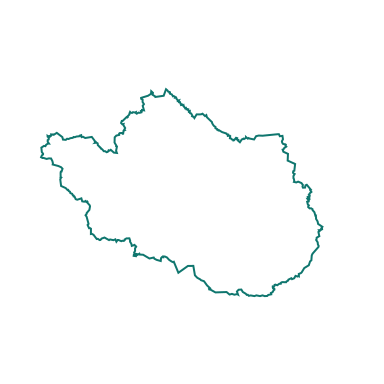 Turicato, Michoacán, Mexico (Robinson projection), rotated 323°
{"feature_id": "50627088B87048216437390", "entity_name": "Turicato", "entity_type": "district", "adm_level": 2, "iso_a3": "MEX", "parent_name": "Mexico", "parent_adm1": "Michoacán", "projection": "robinson", "projection_center": [-101.446, 18.943], "detail": "fine", "context": "isolated", "style": "outline", "palette": "teal", "viewbox_px": 384, "rotation_deg": 323, "n_neighbors": 0, "source": "geoboundaries", "source_scale": "gbopen_adm2", "svg_char_len": 5992}
<svg xmlns="http://www.w3.org/2000/svg" viewBox="0 0 384 384"><g transform="rotate(323 192 192)"><path d="M288.3,261.5L288.0,255.3L286.7,255.0L284.9,256.5L283.2,255.3L283.5,254.2L284.8,253.1L284.8,250.7L283.0,247.6L281.0,247.1L279.5,245.3L280.2,244.9L281.2,243.0L281.3,242.1L282.6,240.3L284.8,239.4L284.2,238.0L284.5,237.1L285.5,236.3L286.5,236.6L291.2,231.7L287.3,224.5L291.6,219.3L289.2,214.8L289.9,212.7L290.8,213.0L292.0,212.4L294.6,212.5L294.5,211.3L295.4,210.7L295.3,210.2L293.7,208.5L293.7,206.9L294.3,205.6L296.4,204.6L298.0,201.6L295.7,200.3L296.2,198.2L295.5,197.6L282.2,189.5L279.3,187.1L276.8,186.0L273.2,187.4L270.0,183.8L269.7,183.0L268.7,183.0L268.2,180.7L267.8,181.3L265.4,181.0L265.3,180.4L263.3,180.0L260.2,181.1L259.7,178.7L260.3,178.3L259.5,177.1L260.5,176.2L259.8,175.2L256.7,176.0L256.0,175.7L256.2,174.9L255.5,174.1L255.4,172.9L254.6,171.9L256.2,170.3L256.0,169.6L254.5,168.8L255.4,167.8L254.5,166.9L254.7,166.0L252.1,162.3L250.8,159.1L250.1,158.8L250.0,158.4L250.3,158.3L249.6,157.4L250.0,156.9L249.1,155.2L249.9,154.2L249.3,152.4L249.3,150.9L249.5,149.2L250.0,148.3L248.9,141.3L249.7,139.2L248.1,139.2L247.5,135.8L245.9,135.4L242.4,132.8L238.4,134.4L238.5,133.2L237.7,131.6L238.2,131.4L238.6,128.8L237.9,127.9L238.1,127.1L238.9,126.1L237.9,125.9L238.4,125.2L238.1,124.4L238.8,123.7L238.0,122.7L237.4,122.6L237.8,121.3L236.9,121.2L237.1,119.4L236.9,119.0L237.4,117.8L236.9,117.9L236.8,116.7L235.8,116.1L236.5,115.6L235.9,114.8L236.5,113.0L235.6,112.4L235.8,111.5L236.7,111.0L235.4,110.6L235.9,109.8L235.7,108.3L236.2,107.0L235.3,106.5L235.8,106.2L235.5,105.1L235.0,104.3L234.4,104.2L234.6,101.9L233.6,100.3L234.3,99.3L233.8,99.0L234.1,98.4L233.4,97.5L233.5,96.1L233.1,94.3L227.3,98.1L219.1,93.6L219.7,93.9L220.1,93.5L219.0,90.6L220.5,89.3L220.1,87.0L218.4,88.9L214.9,88.7L208.0,86.2L207.5,86.9L208.1,88.6L206.7,90.4L206.5,92.9L204.5,93.5L202.8,97.9L201.4,96.4L200.6,97.2L200.0,96.7L199.5,97.9L197.9,97.3L197.1,96.4L195.0,96.2L194.6,94.8L195.1,94.4L194.3,94.2L192.8,92.7L191.8,92.8L190.8,91.9L190.7,90.8L189.3,91.6L188.7,92.4L186.2,92.8L185.8,93.5L185.1,93.5L184.8,92.8L179.3,93.5L178.7,93.0L176.9,94.2L177.1,96.0L178.2,96.5L177.5,97.0L177.1,100.7L175.5,101.4L175.6,102.2L174.2,101.9L172.1,104.0L171.6,103.7L171.7,102.8L169.8,101.5L169.0,101.5L168.2,102.6L165.6,101.4L163.2,101.8L159.9,105.9L159.5,109.3L159.0,109.7L159.4,110.5L156.2,113.4L155.5,115.6L153.3,113.5L152.5,109.4L151.1,109.4L150.5,108.5L149.2,109.2L148.4,109.1L147.7,108.8L147.3,107.3L146.1,106.3L146.0,103.8L145.4,102.7L145.5,100.9L145.0,100.1L145.4,100.4L145.0,97.9L145.9,96.4L145.4,95.1L144.7,94.7L145.3,94.7L145.3,94.0L144.5,93.5L145.1,92.6L145.1,87.7L139.2,84.6L138.1,82.1L136.9,81.8L136.9,80.8L137.6,79.9L136.2,79.4L135.4,79.6L133.2,78.2L131.4,77.7L130.5,76.8L129.4,77.0L127.2,75.8L125.3,75.4L124.3,74.3L122.6,74.4L120.5,72.5L121.5,70.1L119.6,63.4L116.0,63.1L115.7,62.3L114.9,62.2L114.2,61.2L113.3,62.1L112.2,61.6L112.3,62.3L111.0,62.3L110.4,60.3L110.0,60.9L110.2,61.9L109.7,63.3L109.1,63.8L108.0,63.7L107.0,65.0L106.9,67.3L106.0,66.6L103.9,66.5L102.5,67.2L101.5,66.1L98.4,65.9L96.1,69.7L96.1,71.8L95.6,72.4L94.2,72.4L92.4,73.4L93.1,74.9L93.9,75.4L95.8,78.1L97.9,79.0L99.6,80.4L99.1,83.3L98.2,85.4L97.3,86.2L100.9,90.8L102.4,93.5L102.6,95.5L100.1,97.2L99.5,96.8L98.6,97.6L96.1,101.0L96.3,101.6L95.5,101.6L95.4,102.1L94.4,102.6L91.1,108.4L93.5,112.9L93.8,115.6L94.4,115.8L94.2,117.3L94.7,118.3L94.2,119.7L95.2,121.3L94.8,122.9L95.3,123.4L95.3,124.1L94.9,124.5L95.4,125.1L94.8,127.7L95.7,129.1L99.8,130.5L98.7,133.4L100.1,134.9L101.4,135.1L101.2,135.6L101.6,136.3L102.6,136.4L102.6,137.1L102.0,137.5L102.3,141.1L101.9,142.1L99.3,144.5L95.3,145.4L94.8,146.0L93.0,146.5L93.0,148.2L90.2,155.2L88.8,155.5L88.0,159.0L88.9,159.6L89.2,160.5L86.0,164.7L86.8,165.1L87.6,166.9L87.6,172.2L88.6,172.7L89.3,174.8L90.0,175.2L91.8,174.8L94.7,175.7L96.8,180.5L98.0,180.6L100.3,183.2L102.3,183.7L101.7,186.2L103.7,185.6L104.5,186.2L105.9,188.7L107.0,189.0L108.1,190.0L109.2,190.0L109.6,189.4L111.7,189.6L114.1,191.3L113.3,193.7L112.6,194.4L112.4,196.8L111.5,198.8L114.1,199.6L113.9,200.1L114.5,200.8L114.5,202.1L112.6,202.7L111.1,204.8L109.4,205.5L109.2,207.1L108.0,206.9L107.0,207.9L108.6,209.5L110.1,207.8L110.6,208.3L110.0,209.3L112.8,209.6L112.5,210.4L115.2,212.7L118.0,219.5L122.0,221.3L121.8,222.6L122.9,224.9L125.5,228.3L127.5,226.2L128.8,225.9L129.7,226.8L130.2,226.1L131.5,227.2L132.6,229.2L132.9,232.4L133.9,235.3L134.7,236.7L135.5,236.8L132.5,248.3L144.2,248.6L148.6,251.8L144.2,260.3L144.6,263.7L146.0,266.8L146.1,267.8L147.9,270.5L147.8,275.7L148.5,279.7L147.3,279.6L147.1,280.2L148.0,281.1L150.3,286.3L159.4,292.7L160.3,296.5L162.6,297.4L164.0,299.5L166.6,300.7L167.0,301.6L168.0,298.5L170.4,298.1L172.7,299.6L172.4,302.4L173.7,305.6L173.8,307.1L174.7,307.6L174.9,309.1L176.6,309.9L179.2,312.7L181.2,313.3L183.7,316.1L186.1,317.0L187.4,318.9L189.5,320.3L191.0,320.1L193.7,321.4L194.3,320.1L196.0,320.5L198.3,319.5L199.0,319.6L199.5,319.0L199.4,318.1L198.8,317.6L199.3,316.4L199.7,316.0L200.5,316.7L201.4,316.6L202.0,315.9L202.8,316.1L204.0,317.8L206.6,317.8L207.7,318.7L208.5,318.0L209.7,318.2L212.9,320.7L213.7,320.3L215.4,320.6L216.2,320.0L219.4,320.6L219.4,321.8L221.7,322.4L224.2,321.3L225.4,323.0L226.2,323.0L226.6,323.7L228.0,321.7L230.1,322.3L231.2,322.2L235.9,320.3L241.2,320.8L244.5,318.5L246.2,318.4L249.5,314.7L251.2,313.8L259.9,312.0L260.7,311.3L261.0,309.6L262.1,307.8L262.3,305.0L263.0,304.7L264.1,303.5L267.1,303.9L268.9,300.0L270.3,300.0L270.4,298.9L272.1,299.9L272.8,299.6L273.5,300.0L273.8,299.5L273.5,298.8L275.2,298.3L273.5,293.4L274.6,291.1L274.9,288.1L276.1,286.5L276.1,285.8L276.8,285.3L276.4,284.9L277.6,281.8L277.4,279.0L277.9,278.2L277.3,276.7L276.1,275.9L275.7,274.0L276.2,273.4L277.3,273.0L277.0,271.7L278.1,269.1L279.4,269.8L279.9,269.5L280.1,266.9L280.8,267.4L281.0,268.4L281.4,268.5L282.2,267.2L281.1,266.8L281.5,265.6L283.2,266.3L284.0,265.5L283.7,264.5L285.4,263.9L287.4,263.8L287.5,261.7L287.7,261.3L288.3,261.5Z" fill="none" stroke="#0f766e" stroke-width="2"/></g></svg>